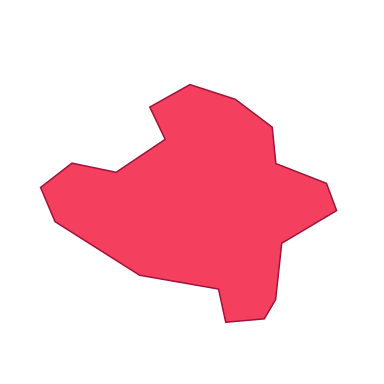 an SVG outline of Sandwell, rotated 206°
{"feature_id": "GBR-5691", "entity_name": "Sandwell", "entity_type": "Metropolitan Borough", "adm_level": 1, "iso_a3": "GBR", "parent_name": "United Kingdom", "parent_adm1": "", "projection": "robinson", "projection_center": [-2.009, 52.514], "detail": "fine", "context": "isolated", "style": "filled", "palette": "rose", "viewbox_px": 384, "rotation_deg": 206, "n_neighbors": 0, "source": "natural_earth", "source_scale": "10m", "svg_char_len": 391}
<svg xmlns="http://www.w3.org/2000/svg" viewBox="0 0 384 384"><g transform="rotate(206 192 192)"><path d="M74.9,258.7L53.9,238.7L88.9,185.3L69.7,132.0L71.4,109.7L104.6,89.7L125.6,116.4L202.5,94.2L302.1,105.3L330.1,129.7L312.6,165.3L268.9,176.4L239.2,227.6L267.2,249.8L241.0,287.6L193.8,294.3L148.3,285.4L129.1,254.3L74.9,258.7Z" fill="#f43f5e" stroke="#9f1239" stroke-width="1.5"/></g></svg>